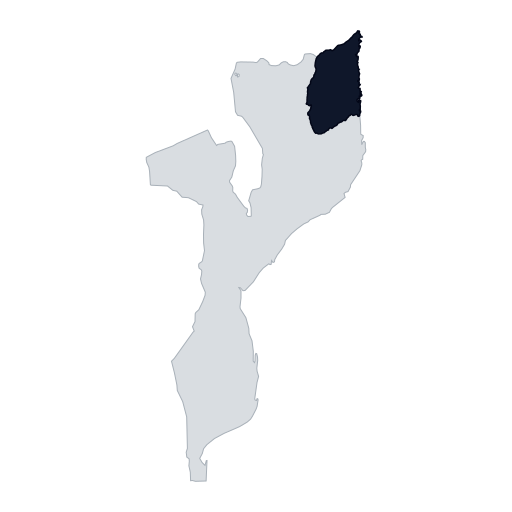 location of Cabo Delgado within Mozambique
{"feature_id": "MOZ-1198", "entity_name": "Cabo Delgado", "entity_type": "Province", "adm_level": 1, "iso_a3": "MOZ", "parent_name": "Mozambique", "parent_adm1": "", "projection": "equal_earth", "projection_center": [39.387, -12.31], "detail": "fine", "context": "in_parent", "style": "filled", "palette": "ink", "viewbox_px": 512, "rotation_deg": 0, "n_neighbors": 0, "source": "natural_earth", "source_scale": "10m", "svg_char_len": 9234}
<svg xmlns="http://www.w3.org/2000/svg" viewBox="0 0 512 512"><path d="M171.5,361.2L174.3,358.4L193.0,332.2L194.2,331.1L192.5,326.7L195.0,321.6L195.2,313.7L195.9,312.4L198.8,309.8L202.7,301.6L205.1,295.2L205.3,292.2L201.6,283.5L200.5,278.9L201.5,274.8L201.8,271.1L201.3,269.8L199.1,268.2L198.7,266.6L198.7,264.6L199.1,263.5L201.8,261.7L202.4,260.7L204.5,250.6L203.6,242.9L203.5,234.2L203.9,225.1L203.6,220.0L201.8,214.1L201.6,209.8L202.8,206.8L203.0,205.0L198.7,204.1L196.5,201.6L188.4,197.7L182.1,197.2L176.8,191.2L172.8,190.3L167.5,186.0L151.0,185.2L150.4,184.7L149.6,171.6L148.9,167.2L146.8,162.6L146.2,159.4L146.3,157.3L155.4,152.5L173.2,145.8L177.1,143.5L207.5,130.0L208.3,130.9L211.4,137.7L216.6,145.5L217.8,144.4L225.1,143.2L226.2,142.2L228.4,141.5L231.0,141.1L231.9,141.5L234.6,146.3L235.6,155.4L235.8,161.4L235.5,165.8L233.3,170.8L231.8,177.1L229.5,180.6L229.6,182.2L232.3,186.0L232.8,187.5L232.7,190.8L233.1,192.1L235.5,194.2L237.2,197.3L243.9,206.4L245.6,208.0L247.0,208.4L247.6,210.2L247.3,212.3L246.3,213.5L246.7,215.2L247.9,216.5L251.0,216.3L251.3,215.7L251.1,207.7L250.0,203.0L248.7,200.8L251.2,192.2L252.6,189.8L257.5,188.8L259.8,188.0L260.7,186.9L261.4,184.2L262.0,176.4L262.2,169.2L261.6,164.9L262.3,158.5L263.4,154.5L262.8,153.7L262.4,148.4L249.8,126.8L242.7,117.2L241.5,116.2L237.6,115.3L235.5,111.8L233.7,92.4L231.0,78.4L235.1,69.1L236.4,63.1L237.2,62.3L240.7,61.9L253.0,62.1L256.1,62.6L257.4,62.1L260.6,58.5L263.3,58.5L266.8,60.8L268.8,62.8L269.1,64.6L271.5,65.6L275.9,65.8L279.2,64.9L281.2,62.9L283.3,61.8L285.5,61.7L287.2,62.4L288.3,63.9L290.5,65.0L293.7,65.7L297.2,64.7L301.0,62.0L303.2,59.3L304.4,54.6L305.1,54.0L310.4,53.6L313.3,54.5L317.0,57.3L323.3,52.2L327.3,50.4L331.2,50.4L334.3,49.2L336.7,46.7L339.3,45.2L344.6,43.3L348.2,40.7L358.1,30.7L359.2,33.6L361.2,36.3L358.6,39.2L360.9,41.0L359.2,43.8L359.0,45.7L359.8,47.6L358.7,50.8L357.2,53.2L356.8,55.1L358.1,58.4L357.4,64.2L359.5,73.9L358.8,77.1L359.3,84.8L358.5,87.6L359.8,88.5L360.5,91.6L359.9,96.9L357.7,99.1L357.5,101.3L360.2,101.3L360.2,108.0L359.8,110.0L360.5,112.2L359.7,114.7L360.6,125.3L360.7,133.1L360.8,134.3L363.2,135.6L363.1,137.8L361.6,140.5L361.7,144.7L363.4,141.4L364.4,141.4L365.3,142.7L365.3,147.4L365.8,149.7L365.6,151.7L362.8,155.6L362.7,159.3L361.6,159.8L361.1,160.7L361.8,162.9L361.8,164.8L359.9,170.7L350.6,184.7L350.4,187.1L348.0,191.6L345.4,192.3L344.0,193.5L345.1,197.4L332.7,207.3L331.4,208.6L329.4,212.3L325.3,214.2L320.9,214.4L320.1,215.2L310.1,219.7L308.1,221.9L303.8,223.9L297.1,228.8L291.6,233.5L285.4,240.5L284.6,244.2L281.7,249.1L277.3,254.9L274.7,259.7L274.5,261.8L273.0,262.5L271.6,260.5L271.1,264.4L270.0,264.6L268.8,263.8L263.3,268.0L259.2,272.7L253.4,281.8L245.0,290.5L243.0,290.7L240.3,287.7L238.8,287.5L241.0,290.8L241.0,298.1L240.0,306.7L240.2,308.6L245.9,317.7L248.8,328.3L249.1,333.8L252.0,340.8L253.3,351.3L253.2,361.1L254.5,362.6L255.0,361.2L255.2,355.1L255.9,353.4L256.7,353.7L257.5,357.0L257.7,360.5L256.8,368.2L257.1,371.3L258.6,376.4L257.0,382.5L254.7,399.0L255.2,400.1L256.5,400.5L257.0,398.7L257.7,398.7L258.1,399.8L257.1,406.3L256.1,409.1L252.5,416.1L250.6,419.1L247.3,422.0L239.6,426.6L224.2,433.3L214.5,438.5L206.9,444.6L203.6,448.7L202.3,453.5L199.7,458.4L202.1,462.5L205.0,465.4L206.3,460.6L207.0,460.5L206.1,481.0L195.4,481.3L192.4,480.5L190.6,480.7L190.3,472.2L188.9,465.8L189.3,461.2L189.1,458.8L186.8,457.1L186.2,452.2L187.4,448.4L186.7,416.9L182.7,401.6L177.3,390.5L176.9,385.0L174.4,372.7L171.5,361.2ZM237.8,77.1L239.1,76.3L239.3,74.6L238.4,73.9L237.7,74.0L237.4,76.6L237.8,77.1ZM236.9,74.2L235.9,73.0L235.1,73.3L234.8,74.3L235.7,75.6L236.5,75.6L236.9,74.2Z" fill="#d9dde1" stroke="#a8b0b8" stroke-width="1"/><path d="M332.6,50.6L333.1,50.4L333.6,50.1L337.6,45.7L338.0,45.5L338.3,45.3L339.9,45.2L343.4,44.2L344.0,43.9L346.1,42.0L348.2,40.7L348.6,40.5L351.2,37.7L351.8,37.5L352.0,37.1L352.4,36.5L353.7,34.8L354.5,34.1L355.8,33.4L356.6,32.7L357.2,31.8L357.6,31.0L357.9,30.9L358.2,31.0L358.4,31.2L358.1,31.6L358.5,31.7L359.1,31.1L359.4,31.4L359.5,32.0L359.3,32.5L359.0,32.8L358.8,33.1L359.0,33.6L359.4,33.8L359.8,33.9L360.1,34.1L360.3,34.5L360.3,35.5L360.5,35.9L360.8,36.2L361.6,36.3L361.9,36.5L362.1,37.0L361.8,37.1L361.0,37.0L360.3,37.2L358.6,39.1L358.7,40.1L359.0,39.7L359.1,39.3L359.5,39.7L361.0,40.7L361.4,41.3L361.0,41.8L359.8,42.5L359.5,43.0L359.0,43.7L358.8,44.5L359.0,45.6L358.8,46.5L359.0,46.8L359.2,46.7L359.5,46.0L359.7,45.8L360.2,46.1L360.2,46.9L359.9,47.8L359.6,48.4L358.9,49.4L358.8,49.7L358.8,50.0L359.0,50.7L359.0,51.0L358.7,51.5L357.3,52.8L357.2,53.2L356.9,54.2L356.7,54.5L356.4,54.6L355.9,54.6L355.7,54.6L355.9,55.1L356.1,55.6L356.2,55.8L356.4,55.2L356.7,55.5L357.0,55.9L357.3,56.4L357.5,56.8L358.1,56.6L358.2,57.4L358.0,59.5L357.7,60.3L357.6,60.7L357.3,61.1L357.2,61.5L357.5,62.0L357.8,62.4L358.0,62.7L357.8,63.0L357.4,63.7L357.3,64.0L357.5,64.4L357.6,64.7L357.7,65.6L357.8,66.2L358.1,66.7L358.2,66.8L358.3,68.4L358.4,68.8L358.7,69.3L358.8,69.1L359.2,69.3L358.7,70.0L358.5,70.8L358.7,71.7L359.0,72.5L359.6,73.7L359.6,74.0L359.3,74.4L359.1,74.7L359.1,75.6L358.8,76.9L358.8,77.3L358.9,77.8L359.2,78.6L359.4,79.0L359.3,79.5L359.2,80.1L358.9,80.6L358.6,80.8L358.0,80.5L357.8,80.6L357.8,81.2L358.3,81.0L358.8,81.5L359.1,82.2L359.2,82.9L359.2,83.3L359.0,83.6L358.9,84.0L359.0,84.4L359.2,84.7L359.5,84.7L360.1,84.6L360.0,84.9L359.9,85.1L359.7,85.3L359.2,85.5L358.9,86.3L358.4,87.3L358.3,87.8L358.6,88.2L358.8,88.4L359.1,88.4L360.0,88.5L360.1,90.5L360.1,90.9L360.3,91.1L360.6,91.2L361.2,91.6L361.3,91.8L361.1,92.2L360.9,92.2L360.6,91.7L360.3,91.7L360.2,92.0L360.2,92.3L360.4,93.5L360.6,93.6L360.8,93.4L361.0,93.4L361.2,93.7L361.4,94.4L361.5,94.6L361.8,94.9L361.8,95.2L361.8,95.5L361.4,96.0L361.0,96.1L360.5,96.0L360.2,95.5L360.2,95.8L360.2,96.0L360.3,96.3L360.0,96.6L359.4,96.5L359.5,96.9L359.7,97.1L359.9,97.5L359.8,98.0L359.6,98.8L359.3,99.2L359.2,99.2L359.1,98.8L359.0,98.6L358.8,98.4L358.6,98.4L358.4,98.4L357.8,98.9L357.4,99.2L357.1,99.7L356.9,100.1L357.0,100.7L357.1,101.0L358.1,102.2L358.4,102.4L358.7,102.2L359.0,101.7L358.9,101.3L358.7,100.9L358.6,100.5L358.8,100.3L359.1,100.3L359.4,100.4L359.7,100.6L360.0,100.7L360.3,100.6L360.6,100.6L360.7,101.1L360.6,102.0L360.1,103.6L360.0,104.5L360.1,105.0L360.3,106.0L360.3,106.5L360.2,108.6L360.1,109.1L359.8,109.4L359.5,109.7L359.3,110.1L359.4,110.4L359.6,110.3L360.2,109.7L360.2,112.0L360.6,111.8L360.5,112.5L359.9,113.4L359.7,113.8L359.7,115.0L359.6,115.6L359.3,116.0L358.9,116.3L358.3,116.3L357.8,116.0L357.6,115.4L357.5,114.7L357.1,114.5L356.1,114.5L355.3,114.7L353.6,115.4L352.8,115.3L352.5,115.0L352.3,114.8L352.0,114.6L351.3,114.4L351.1,114.3L350.8,114.5L350.3,115.2L350.1,115.4L349.2,115.8L348.8,116.1L348.5,116.8L348.2,117.1L347.6,117.5L347.1,118.2L345.9,120.1L345.2,120.6L344.3,120.4L343.5,120.4L343.0,120.6L341.8,121.7L341.4,121.9L341.0,122.1L340.2,122.1L339.5,122.7L338.7,122.9L338.4,123.1L338.0,123.3L337.7,123.6L337.4,124.5L337.0,124.9L336.6,125.3L336.1,125.6L335.3,125.8L335.2,125.9L334.9,126.2L334.8,126.3L334.4,126.4L333.9,126.7L333.2,127.3L332.4,128.1L331.9,128.4L331.2,128.0L330.6,127.9L329.7,128.1L329.3,128.3L328.9,128.7L328.6,129.2L328.5,129.9L328.3,130.0L327.0,130.4L326.1,131.2L325.5,131.5L324.3,132.6L324.0,132.8L322.6,133.0L322.3,133.2L321.6,133.7L321.1,133.8L318.5,133.9L317.7,133.6L316.9,133.2L316.3,133.1L315.6,133.2L314.4,131.8L314.1,131.3L314.0,131.0L313.9,130.7L312.7,128.4L312.6,127.8L312.3,127.3L312.2,127.2L312.2,126.5L311.9,125.7L311.7,125.4L311.4,125.0L311.3,124.8L310.6,122.6L310.5,122.1L310.5,121.7L310.5,121.1L310.3,120.3L310.2,120.0L309.9,119.3L309.6,118.8L309.5,118.6L309.5,118.2L309.6,117.2L309.6,116.7L309.5,116.4L309.3,115.9L309.2,115.2L309.0,114.9L308.8,115.0L308.5,115.2L308.3,115.2L308.1,115.0L308.0,114.9L307.9,114.7L307.8,113.5L307.8,113.0L307.9,112.9L308.2,112.4L308.7,112.0L309.0,111.5L309.3,111.3L309.9,110.5L310.0,109.9L310.2,109.7L310.4,109.4L310.6,108.8L310.8,108.5L310.8,108.2L310.8,107.7L311.0,107.4L311.0,106.8L311.0,106.7L311.3,106.4L311.3,106.2L311.3,105.2L311.2,105.0L311.1,104.9L310.9,104.9L310.5,105.0L309.7,105.7L309.1,105.5L308.7,105.4L308.5,105.1L308.3,104.8L308.1,104.6L307.6,104.4L306.6,104.2L306.3,103.9L306.3,103.6L306.8,102.9L306.9,102.4L307.0,101.7L307.1,101.3L307.1,101.0L307.0,100.0L307.0,99.8L307.1,99.2L307.1,98.5L307.2,97.8L307.1,97.3L307.1,97.0L307.2,96.8L307.3,96.6L307.4,96.3L307.5,95.9L307.4,95.0L307.4,94.8L307.7,94.2L307.7,92.7L307.5,92.2L307.5,91.8L307.7,90.2L307.8,89.7L307.8,89.2L307.8,88.8L307.4,87.9L307.4,87.7L307.5,87.6L308.2,86.9L308.3,86.7L308.7,86.0L309.3,85.3L309.7,84.6L309.9,84.3L310.3,84.1L310.4,83.9L310.5,83.7L310.6,81.9L310.7,81.4L311.0,80.5L311.2,79.8L311.5,79.5L311.8,79.1L312.0,78.7L312.9,78.0L313.7,77.2L313.8,76.5L313.9,75.6L314.0,74.9L314.5,74.6L314.7,74.4L314.9,73.7L315.0,73.0L315.3,72.6L315.6,72.1L315.8,71.3L315.9,70.7L316.1,69.3L316.0,68.6L315.7,67.9L315.5,67.6L315.3,67.0L315.2,66.7L315.0,66.0L315.0,65.8L315.2,63.8L315.3,63.0L315.4,62.1L315.6,61.6L315.7,60.8L316.0,59.9L316.1,59.0L316.2,58.8L317.0,57.3L317.5,56.5L319.6,54.7L320.1,53.9L320.4,53.5L321.0,53.3L321.4,53.0L321.7,52.9L322.4,53.1L322.6,53.1L323.0,52.9L323.8,51.8L324.1,51.6L324.5,51.4L324.9,51.1L325.4,50.5L326.1,50.2L328.9,50.2L329.6,50.1L330.2,49.7L330.7,49.8L331.6,50.4L332.0,50.6L332.6,50.6Z" fill="#0f172a" stroke="#020617" stroke-width="1.5"/></svg>